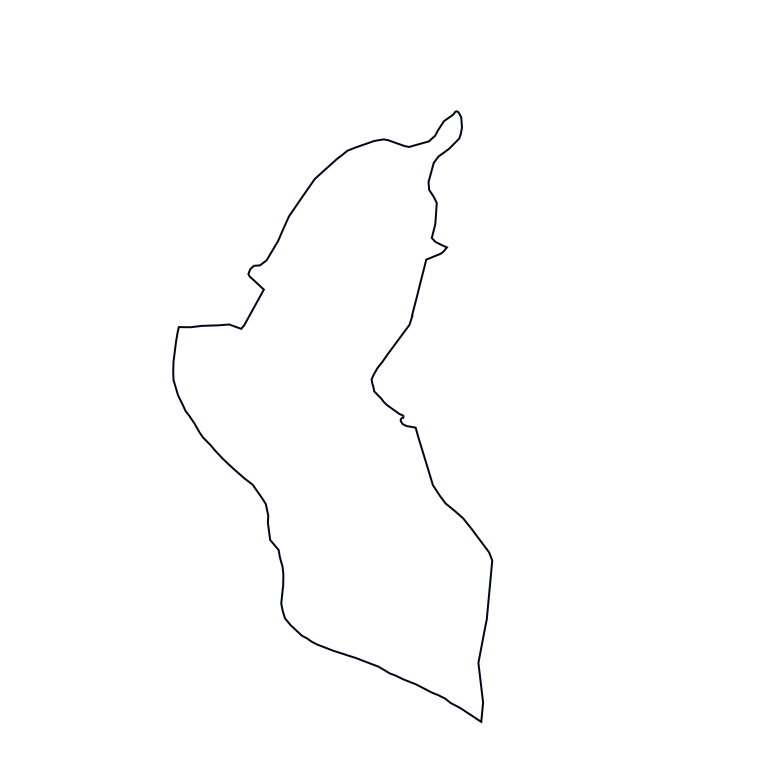 outline of Ghamr, Sa`dah, Yemen, rotated 201°
{"feature_id": "15242507B39304781263457", "entity_name": "Ghamr", "entity_type": "district", "adm_level": 2, "iso_a3": "YEM", "parent_name": "Yemen", "parent_adm1": "Sa`dah", "projection": "natural_earth1", "projection_center": [43.319, 16.975], "detail": "fine", "context": "isolated", "style": "outline", "palette": "ink", "viewbox_px": 768, "rotation_deg": 201, "n_neighbors": 0, "source": "geoboundaries", "source_scale": "gbopen_adm2", "svg_char_len": 2530}
<svg xmlns="http://www.w3.org/2000/svg" viewBox="0 0 768 768"><g transform="rotate(201 384 384)"><path d="M172.1,103.4L177.3,122.1L195.9,157.4L201.4,187.8L203.7,201.1L219.6,257.8L221.6,260.1L224.1,262.9L224.4,263.2L225.4,264.4L246.7,277.8L248.8,279.2L259.7,285.6L262.1,287.0L272.4,290.8L283.8,294.6L291.7,299.6L302.1,307.1L309.3,316.4L333.4,347.3L334.6,348.9L338.8,354.6L348.1,352.8L352.3,353.3L353.6,354.2L355.3,355.7L355.6,357.4L355.0,358.8L354.1,359.1L354.0,360.2L354.5,361.2L356.0,361.5L358.7,361.5L373.3,365.3L378.1,367.3L380.9,369.2L390.5,373.6L392.8,377.4L395.2,380.5L397.3,384.1L396.9,389.4L395.8,396.5L394.3,401.4L393.5,403.8L391.9,410.3L391.3,412.8L381.4,448.4L381.8,455.0L381.9,457.6L382.3,457.6L384.8,479.3L386.3,491.4L388.0,506.1L388.9,513.4L389.0,514.4L389.1,515.3L377.7,526.0L375.9,528.9L374.2,534.1L379.0,534.3L387.0,535.1L391.7,537.4L393.4,551.7L399.6,571.9L404.7,576.6L411.4,581.4L414.8,588.5L416.8,608.4L414.6,616.0L407.5,626.9L401.7,640.1L401.9,645.0L403.1,651.4L407.5,660.7L411.9,664.4L413.9,664.6L415.0,663.6L415.9,660.3L422.2,650.9L424.5,640.2L425.2,634.2L429.0,626.6L439.1,619.1L445.5,614.3L450.2,613.5L467.4,613.1L471.8,612.3L472.2,612.1L480.2,607.4L496.0,594.0L501.8,588.6L505.8,581.6L507.9,578.3L508.6,577.1L514.9,564.8L522.0,550.8L522.2,550.2L527.1,530.2L530.6,515.6L532.3,508.5L532.8,506.2L533.6,491.8L534.1,479.6L537.9,457.4L542.3,450.3L547.8,447.7L550.0,443.2L550.0,438.1L547.8,436.1L546.1,435.5L530.0,429.1L535.5,389.0L535.6,388.7L537.0,384.3L549.8,384.1L559.9,379.3L565.6,376.9L574.4,373.2L579.0,370.8L584.7,367.8L588.9,366.2L595.9,363.6L595.8,362.4L595.2,358.4L593.2,348.5L589.8,334.7L588.5,329.4L585.3,320.2L582.0,312.4L572.3,299.7L566.3,294.1L564.6,292.6L559.5,287.6L553.7,284.1L552.4,283.1L546.6,279.1L538.9,272.7L533.8,269.2L525.0,265.2L524.2,264.9L517.8,261.3L507.6,256.4L502.4,254.2L495.4,251.4L487.6,248.5L480.1,245.7L479.6,245.6L470.5,242.9L455.7,232.9L453.9,231.5L453.0,230.8L451.2,229.4L444.8,219.5L442.8,213.1L434.4,197.6L422.8,191.2L420.9,187.9L419.0,184.8L413.2,177.0L410.0,170.8L409.7,170.0L409.3,169.1L406.0,160.0L401.3,142.3L400.2,140.6L399.2,138.9L396.8,135.2L392.3,129.6L384.6,125.3L370.5,119.6L364.8,118.9L359.1,117.5L353.7,116.9L352.0,116.8L341.2,116.8L335.5,116.8L320.9,117.6L311.9,118.1L305.0,118.1L296.0,118.1L287.7,118.1L275.0,115.9L268.6,115.9L260.4,115.2L252.7,115.1L247.0,115.1L232.0,113.4L227.9,113.0L222.1,113.0L218.5,112.6L214.5,112.3L207.5,110.1L196.7,108.8L195.9,108.6L195.3,108.5L184.3,106.1L172.1,103.4Z" fill="none" stroke="#020617" stroke-width="2"/></g></svg>